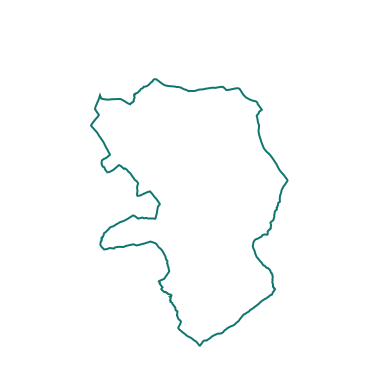 outline of Ikungi, Singida, United Republic of Tanzania, rotated 234°
{"feature_id": "72390352B5494870713744", "entity_name": "Ikungi", "entity_type": "district", "adm_level": 2, "iso_a3": "TZA", "parent_name": "United Republic of Tanzania", "parent_adm1": "Singida", "projection": "mercator", "projection_center": [34.477, -5.124], "detail": "fine", "context": "isolated", "style": "outline", "palette": "teal", "viewbox_px": 384, "rotation_deg": 234, "n_neighbors": 0, "source": "geoboundaries", "source_scale": "gbopen_adm2", "svg_char_len": 5991}
<svg xmlns="http://www.w3.org/2000/svg" viewBox="0 0 384 384"><g transform="rotate(234 192 192)"><path d="M324.3,174.4L321.9,171.2L317.8,164.3L316.2,162.3L312.4,162.0L309.6,162.1L309.1,161.9L308.8,161.5L308.2,159.8L307.5,156.3L306.7,153.9L306.5,152.7L305.9,151.5L305.7,150.5L305.2,149.5L304.7,149.3L295.8,150.2L292.8,149.9L284.4,149.7L278.3,148.6L275.6,148.4L272.9,147.9L270.8,147.8L270.5,147.6L270.2,146.8L270.3,146.2L270.0,144.0L270.1,142.0L270.6,139.6L270.6,138.6L270.4,137.6L268.9,136.1L267.8,135.3L267.2,135.3L265.6,134.7L264.5,134.9L263.7,135.6L260.9,134.9L258.2,135.0L257.6,135.3L257.0,136.2L256.7,137.0L256.1,141.1L256.7,148.6L256.4,149.0L254.4,149.8L250.8,150.5L250.9,150.8L250.5,151.7L250.0,151.9L248.2,152.4L245.5,152.5L244.3,153.0L241.9,153.1L239.7,152.9L237.0,153.0L235.9,152.8L233.0,153.6L231.3,153.6L230.6,153.4L228.7,150.9L227.9,150.4L227.3,149.8L225.0,148.6L222.4,146.1L221.5,145.7L221.0,145.6L220.7,145.9L219.4,148.6L218.9,152.3L218.7,152.8L218.0,156.3L217.1,158.4L212.7,158.8L211.3,158.7L206.7,159.1L201.9,159.0L201.1,158.8L200.8,158.5L200.2,155.8L195.5,151.0L192.4,147.3L192.0,146.5L193.5,144.9L196.5,140.7L197.9,139.9L198.1,139.5L198.9,137.7L200.6,136.7L202.1,132.8L205.1,131.9L206.9,131.2L207.7,130.5L207.8,128.9L207.7,128.9L207.8,128.9L208.2,122.8L208.8,119.4L210.0,115.5L210.0,114.1L210.4,111.1L210.4,108.9L210.8,107.3L211.3,106.0L211.4,104.1L210.8,102.6L210.8,101.2L210.6,100.4L210.2,97.9L210.4,97.4L210.3,96.6L209.7,95.7L209.2,95.3L208.1,93.7L208.3,93.1L208.2,92.0L208.0,91.8L207.7,92.0L207.3,91.9L207.2,91.3L206.9,91.2L206.7,90.8L206.2,90.7L206.0,90.1L205.7,90.0L205.4,89.6L205.5,89.1L205.0,88.5L203.5,87.1L202.4,86.6L200.6,86.6L197.2,87.1L195.8,89.6L195.1,92.4L192.2,95.6L192.1,95.8L192.4,97.1L191.2,99.7L189.6,102.0L187.8,104.1L187.2,106.8L184.2,113.8L181.3,115.8L178.0,124.0L177.6,125.6L177.1,126.8L176.4,129.2L173.7,131.2L171.4,132.5L170.7,132.6L166.5,132.6L164.8,133.2L162.7,133.4L160.6,133.3L156.0,132.7L154.6,132.3L153.9,131.8L152.9,131.6L152.4,131.3L151.0,131.7L149.8,130.9L148.9,129.9L147.8,129.8L147.0,129.2L144.4,128.5L143.2,127.7L141.7,127.2L141.1,126.8L140.9,126.3L138.1,118.4L139.3,113.1L139.2,112.6L138.0,112.8L137.5,112.7L137.2,112.1L136.5,112.3L136.1,112.0L135.6,111.9L132.3,112.2L131.7,110.3L131.2,110.0L130.4,110.0L129.4,110.4L127.5,110.7L127.1,111.0L126.8,111.7L126.5,112.0L125.5,112.1L125.0,112.5L124.2,112.6L123.9,112.8L123.5,112.7L121.2,114.6L120.5,114.3L120.2,114.4L119.6,113.3L119.9,113.0L120.0,112.7L119.7,112.8L118.9,112.5L118.5,112.3L118.2,111.5L117.4,111.1L117.3,110.6L116.3,110.6L115.9,110.2L115.8,110.4L115.5,110.2L113.9,110.8L112.4,110.3L110.8,110.6L110.1,110.4L109.4,110.6L109.1,110.4L108.3,110.5L107.8,110.1L106.8,109.8L106.4,109.4L106.0,109.5L105.6,109.4L104.3,110.0L103.6,109.9L103.0,109.1L102.0,108.4L101.7,107.8L100.6,107.1L100.0,107.2L98.1,106.5L96.3,106.5L95.2,106.9L94.3,107.0L93.7,106.9L92.3,105.2L90.4,101.3L89.3,100.7L83.4,102.1L81.7,102.7L79.0,103.3L77.5,103.9L74.5,105.5L70.1,106.7L68.6,107.5L63.3,107.8L63.1,108.0L63.0,108.4L64.8,113.7L64.2,115.5L63.2,116.5L63.3,117.9L63.1,120.1L63.4,123.5L62.8,127.4L62.0,130.0L60.7,131.9L60.2,133.9L60.4,135.3L60.9,136.9L60.8,139.0L61.0,140.6L60.7,143.4L59.8,147.0L59.7,148.7L60.1,150.9L60.2,153.6L61.9,159.2L62.5,162.0L62.1,163.6L62.2,164.5L61.9,167.4L62.0,168.5L62.3,169.4L62.4,170.1L62.1,171.4L62.1,175.3L62.3,175.9L62.1,177.2L62.3,178.8L62.2,180.3L62.7,182.3L62.6,183.1L62.8,184.2L62.6,188.3L62.2,189.9L62.4,191.0L62.2,192.3L62.5,193.8L62.3,195.4L62.0,196.1L62.1,196.7L62.9,197.7L63.5,198.8L63.4,199.2L64.2,200.8L64.3,201.8L65.1,202.1L65.6,202.1L65.9,201.8L66.6,202.0L67.2,202.0L67.6,201.8L68.0,201.9L69.3,203.0L71.9,204.0L73.3,205.4L74.0,205.7L75.8,207.4L78.4,208.6L79.3,208.4L79.7,208.7L80.4,208.5L81.6,208.8L82.3,209.1L83.6,209.2L84.6,208.9L85.7,208.8L86.1,208.3L86.9,207.8L89.5,207.4L90.2,207.1L90.7,206.6L92.1,206.6L93.4,206.8L96.6,206.4L99.4,206.4L101.3,206.1L104.7,206.9L107.5,208.0L110.7,208.6L112.6,209.4L115.4,212.5L116.3,214.9L116.1,216.3L115.6,217.9L115.5,219.3L115.1,221.5L115.1,222.2L115.6,223.1L115.6,224.0L114.9,226.0L113.7,227.2L113.2,228.0L113.4,228.4L115.7,230.2L115.9,230.9L115.8,232.1L116.3,232.8L116.0,233.6L116.2,234.3L117.6,235.2L117.9,235.8L118.6,236.5L120.8,237.2L121.1,237.5L121.3,238.5L121.4,241.2L123.8,244.3L124.9,244.9L127.3,247.4L128.0,248.7L127.8,250.1L128.9,251.0L129.5,251.3L129.4,251.8L129.6,252.1L130.1,252.3L130.7,253.6L132.5,255.4L132.4,257.3L134.9,259.0L136.4,260.2L138.2,262.3L138.9,263.5L140.8,265.5L142.8,269.5L143.5,272.1L144.2,273.6L144.4,274.6L145.0,275.9L145.3,276.1L146.3,276.3L150.4,276.2L151.0,276.4L152.7,276.1L157.6,275.7L160.9,276.0L164.6,276.7L172.4,277.0L177.0,276.9L180.9,276.0L183.9,275.8L186.0,276.0L192.0,277.6L199.0,280.0L201.4,281.2L202.9,282.2L204.2,283.5L206.6,285.5L209.3,286.2L213.9,288.5L215.5,289.1L215.9,289.4L216.3,291.9L217.4,293.3L217.5,296.8L224.8,296.9L225.8,297.4L227.2,297.2L228.1,296.7L230.0,295.0L231.6,293.9L233.2,292.9L237.2,291.1L240.9,290.7L246.6,291.1L247.4,291.1L248.1,290.8L249.0,290.1L250.1,288.3L252.9,282.1L254.3,279.7L257.1,279.3L258.9,278.8L260.3,276.7L262.8,271.6L264.0,270.4L264.6,269.4L268.1,262.6L268.3,261.7L270.7,257.9L271.3,255.8L272.3,253.3L275.4,249.2L275.4,248.7L275.6,248.6L278.3,247.2L279.5,246.1L280.6,245.6L281.1,245.2L283.2,244.3L285.6,242.0L285.8,241.4L287.4,240.1L291.6,235.2L294.0,233.0L296.6,231.7L304.0,229.4L304.4,229.1L305.5,227.6L305.2,226.1L304.6,224.9L304.6,224.5L304.9,224.0L304.4,221.8L304.1,219.0L304.2,217.7L304.7,216.2L305.0,215.6L305.5,215.0L305.0,212.8L305.4,211.3L304.6,209.1L304.7,208.6L304.5,207.9L304.3,206.2L304.8,204.5L304.4,203.7L304.9,203.5L305.0,202.8L304.6,202.3L304.4,202.3L304.0,201.7L302.2,201.2L301.3,199.7L300.7,199.2L300.6,198.7L299.8,198.3L299.5,197.6L299.5,196.7L299.7,196.3L299.7,195.9L299.5,195.6L299.7,195.0L299.6,194.3L299.3,193.6L301.1,192.4L306.1,190.4L308.9,189.0L309.9,188.1L311.5,185.5L313.0,183.5L315.3,179.7L315.6,179.0L318.1,176.0L320.6,173.7L321.1,173.6L324.3,174.4Z" fill="none" stroke="#0f766e" stroke-width="2"/></g></svg>